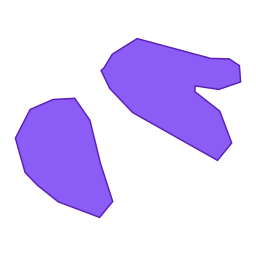 the border of Kökar
{"feature_id": "ALD-4824", "entity_name": "Kökar", "entity_type": "state/province", "adm_level": 1, "iso_a3": "ALA", "parent_name": "Aland", "parent_adm1": "", "projection": "albers", "projection_center": [20.932, 59.931], "detail": "fine", "context": "isolated", "style": "filled", "palette": "violet", "viewbox_px": 256, "rotation_deg": 0, "n_neighbors": 0, "source": "natural_earth", "source_scale": "10m", "svg_char_len": 456}
<svg xmlns="http://www.w3.org/2000/svg" viewBox="0 0 256 256"><path d="M218.8,89.4L195.1,85.9L194.9,91.7L219.8,111.2L231.7,143.0L217.5,160.4L132.7,112.6L109.8,88.5L101.1,70.5L104.4,67.4L112.3,54.2L137.1,38.6L210.6,58.4L229.2,58.9L239.4,65.6L240.6,81.9L218.8,89.4ZM37.4,185.2L25.1,172.5L15.4,138.2L30.1,109.5L53.0,99.5L74.7,98.3L89.9,120.3L100.4,163.2L112.7,201.5L99.6,217.4L58.3,201.9L37.4,185.2Z" fill="#8b5cf6" stroke="#5b21b6" stroke-width="1.5"/></svg>